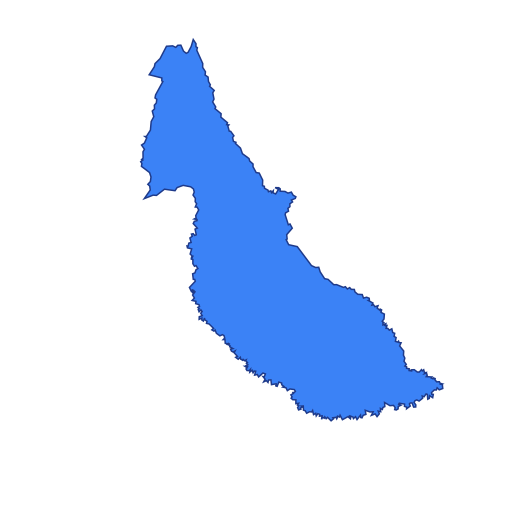 San Martín, Meta, Colombia, rotated 52°
{"feature_id": "7082276B16396199828486", "entity_name": "San Martín", "entity_type": "district", "adm_level": 2, "iso_a3": "COL", "parent_name": "Colombia", "parent_adm1": "Meta", "projection": "orthographic", "projection_center": [-72.942, 3.525], "detail": "fine", "context": "isolated", "style": "filled", "palette": "blue", "viewbox_px": 512, "rotation_deg": 52, "n_neighbors": 0, "source": "geoboundaries", "source_scale": "gbopen_adm2", "svg_char_len": 6124}
<svg xmlns="http://www.w3.org/2000/svg" viewBox="0 0 512 512"><g transform="rotate(52 256 256)"><path d="M55.7,173.9L54.1,174.5L51.8,172.6L46.8,172.2L51.0,178.1L53.7,184.1L53.3,186.2L50.0,187.0L43.6,185.4L41.8,187.9L42.2,190.8L39.1,192.3L35.6,197.4L41.4,210.1L42.2,217.1L44.3,219.6L47.4,228.6L57.7,220.6L60.0,222.4L61.2,222.0L67.2,235.9L69.3,238.3L71.4,237.7L74.0,240.3L74.6,243.3L77.6,245.4L77.9,248.5L83.3,250.8L85.5,255.8L91.8,261.7L94.3,268.8L93.5,269.9L95.6,269.3L98.3,274.4L98.1,277.9L103.2,278.2L104.3,280.9L109.3,284.7L109.6,286.7L110.7,286.1L110.7,288.8L112.8,288.9L114.8,291.1L124.7,288.5L129.1,290.1L132.3,293.4L132.9,297.1L135.4,296.7L138.9,298.7L142.0,308.7L144.7,299.6L147.0,297.1L147.0,287.0L154.7,279.6L153.5,276.0L155.5,269.9L161.2,264.9L164.6,264.0L167.6,265.3L169.2,268.1L173.2,268.3L175.8,270.5L178.3,270.6L180.0,273.7L181.3,272.3L184.4,272.8L187.1,278.7L189.2,279.8L188.8,281.9L190.9,280.0L191.8,280.7L190.7,283.3L191.8,285.5L197.9,285.1L197.3,287.5L202.5,290.0L202.0,291.7L199.8,291.7L199.0,293.4L201.2,294.1L201.1,297.0L205.4,298.8L204.5,301.0L206.4,303.4L205.6,304.2L207.4,305.0L210.8,302.3L213.9,306.7L216.5,306.3L217.4,307.6L217.6,306.6L218.7,308.8L219.9,307.9L223.2,310.5L226.2,310.8L226.6,309.2L230.1,309.5L229.9,311.8L231.7,314.5L231.0,316.9L235.8,319.8L236.7,318.7L238.5,319.4L239.8,327.8L243.9,328.7L243.5,327.0L244.8,326.3L245.2,328.4L246.2,328.5L246.5,325.5L247.7,330.0L251.2,330.4L251.7,333.7L254.8,331.2L256.4,332.9L259.2,330.9L261.0,331.6L260.7,333.4L262.6,333.2L262.5,334.4L264.9,335.2L264.6,332.6L266.6,332.7L267.1,334.8L269.9,335.1L268.9,338.1L270.9,339.8L271.6,336.9L273.1,338.1L274.9,337.5L273.2,334.7L274.6,335.7L277.3,334.8L278.6,336.5L280.7,334.8L286.9,334.0L287.0,336.3L289.3,335.4L289.2,333.8L292.5,334.8L296.7,333.6L297.3,330.9L299.0,330.2L301.4,331.2L301.7,333.3L302.7,331.9L305.9,334.0L307.3,332.7L307.9,333.8L307.8,331.6L308.8,331.2L309.0,332.4L310.6,331.7L311.3,332.6L314.7,331.2L313.7,333.4L315.8,333.9L317.5,333.2L317.9,330.9L318.8,332.8L323.7,332.4L323.3,334.4L326.4,333.6L326.2,330.7L327.8,331.6L330.0,330.7L329.6,329.8L331.5,329.5L331.8,327.8L332.3,328.7L334.6,328.3L334.6,329.6L336.7,329.4L336.3,331.1L337.5,330.9L336.2,332.6L338.6,331.8L338.9,333.4L340.7,333.6L342.2,331.9L341.9,330.3L343.7,332.3L343.6,329.4L346.2,330.2L345.5,328.3L346.6,327.2L349.0,330.4L350.2,327.9L352.9,328.4L352.5,322.6L354.7,321.2L356.2,323.7L355.3,324.7L358.7,324.7L359.9,327.4L360.6,324.6L363.0,324.4L361.5,322.5L362.8,320.5L366.9,323.0L369.1,318.8L370.6,319.9L370.0,320.7L371.7,319.6L369.4,315.6L371.9,314.0L373.3,315.0L375.9,314.3L375.8,315.6L378.3,313.5L381.4,314.2L381.7,311.1L384.9,308.0L386.9,308.3L387.1,310.6L385.7,311.0L387.3,311.3L386.9,314.0L389.2,314.3L389.7,315.9L391.9,315.5L393.9,313.1L396.9,315.5L398.3,313.1L399.0,315.1L400.4,314.5L401.0,316.5L403.5,317.2L404.3,314.9L403.1,314.7L403.5,312.8L402.1,312.8L403.3,311.1L406.7,313.5L408.2,312.5L411.1,312.9L411.7,309.7L413.2,308.1L412.6,306.5L416.4,308.3L416.7,305.8L419.1,307.0L418.3,304.4L420.0,303.3L421.3,304.6L422.6,302.3L425.0,304.9L424.1,302.8L425.8,302.1L425.1,300.8L427.4,300.9L427.2,298.9L432.1,298.3L432.0,295.0L430.8,295.0L432.4,292.2L434.0,292.6L433.0,290.5L431.8,290.6L434.3,289.3L433.3,287.8L438.2,288.7L439.2,282.5L442.4,281.8L441.1,280.4L439.6,281.4L439.6,280.5L442.7,278.7L444.1,279.3L443.9,276.5L447.1,277.1L445.7,271.6L447.8,272.9L448.8,272.1L447.5,269.6L448.5,266.9L444.8,264.9L449.1,262.2L450.9,259.6L452.6,263.2L453.8,259.3L457.1,259.5L456.3,256.0L453.5,255.2L455.5,253.6L452.7,251.8L454.7,250.9L453.5,249.2L454.0,247.2L450.6,244.9L456.4,242.6L458.4,239.6L461.2,239.7L462.4,241.3L463.7,240.3L464.0,238.2L462.2,236.6L462.8,233.7L460.7,234.9L460.2,233.7L464.2,230.1L465.9,231.6L467.9,230.3L469.1,231.4L469.2,226.8L467.0,226.2L466.8,225.0L467.9,223.5L472.1,224.8L473.3,223.1L471.7,221.7L468.7,221.6L467.9,219.8L468.4,217.9L470.7,216.8L470.7,212.3L468.7,211.2L470.4,210.2L469.4,206.9L470.5,206.2L474.6,208.8L474.9,207.1L472.9,205.2L476.4,204.0L474.2,201.5L473.1,202.6L471.7,201.8L471.3,197.9L472.6,196.4L471.4,194.4L474.3,194.0L475.4,190.4L472.0,188.3L471.2,189.0L471.5,187.9L469.6,189.3L468.0,188.9L466.4,191.1L463.7,191.2L462.4,189.8L463.0,190.7L461.5,191.0L461.8,192.1L460.1,193.0L459.7,191.8L455.9,196.1L455.5,194.6L453.3,193.7L452.5,195.6L452.3,194.1L451.7,195.1L448.9,193.9L448.9,195.7L447.4,195.6L448.0,198.7L446.8,200.3L443.0,201.3L441.3,203.7L442.3,204.2L440.5,205.9L439.2,204.7L437.2,206.5L436.0,205.5L434.4,206.4L433.9,204.3L430.1,204.2L428.1,201.6L425.0,200.9L421.8,198.1L415.3,198.2L413.7,195.1L412.3,196.6L410.9,196.1L411.1,197.3L409.1,198.7L406.5,195.8L404.4,196.7L402.3,194.3L400.5,195.4L397.0,193.8L396.5,196.6L394.2,196.7L393.1,198.0L390.9,194.9L391.5,196.6L390.1,197.2L389.3,195.6L388.5,198.4L386.8,197.1L387.2,196.3L385.1,196.7L384.5,194.0L380.8,190.6L377.4,192.2L375.8,190.2L374.4,190.8L375.1,191.8L371.6,192.6L370.3,190.5L369.1,193.5L366.8,193.4L366.1,194.9L365.1,192.8L360.3,194.8L360.7,193.9L359.0,192.8L356.6,194.2L355.3,197.2L351.8,196.0L348.8,199.4L345.1,200.1L342.9,199.1L340.9,201.5L338.6,201.6L338.2,204.3L335.2,204.5L334.6,206.4L328.2,210.1L326.5,212.4L318.8,213.6L316.1,215.9L308.0,215.2L303.5,213.5L301.8,216.1L297.7,218.2L274.0,217.7L267.2,223.3L261.7,222.2L261.8,221.0L258.1,218.7L256.4,210.3L251.7,209.5L251.3,211.3L241.4,207.6L240.2,206.1L240.7,202.8L238.1,201.5L238.0,198.9L235.7,197.2L235.9,193.9L233.7,193.7L234.8,189.6L233.9,188.1L231.0,189.3L227.4,188.8L226.1,192.1L223.0,193.4L219.8,197.1L218.0,195.6L216.2,196.0L213.9,198.8L217.4,197.3L219.2,202.3L216.7,203.7L215.2,202.2L215.6,204.8L213.8,204.2L213.0,206.6L211.5,206.0L207.9,207.6L206.2,206.5L204.6,207.6L200.3,204.0L192.6,202.4L190.4,204.5L183.8,203.4L181.7,201.7L177.3,202.5L174.9,201.5L167.0,203.7L161.4,201.8L154.7,202.9L154.1,201.8L151.8,203.2L148.2,201.5L147.7,199.4L142.2,199.2L141.1,200.2L136.3,198.2L136.0,196.7L134.4,198.3L133.4,196.4L125.0,198.2L122.4,195.9L114.6,197.6L113.8,196.0L107.9,195.3L106.5,192.5L100.8,189.6L99.8,187.0L93.7,188.1L93.0,186.6L89.2,186.0L85.5,183.6L82.1,184.7L79.7,182.4L74.5,181.9L71.6,179.5L57.4,176.0L55.7,173.9Z" fill="#3b82f6" stroke="#1e3a8a" stroke-width="1.5"/></g></svg>